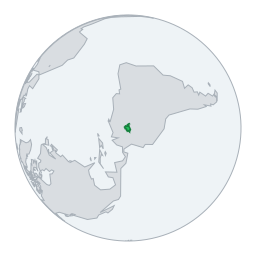 Guainía on an orthographic globe, rotated 249°
{"feature_id": "COL-1424", "entity_name": "Guainía", "entity_type": "Commissiary", "adm_level": 1, "iso_a3": "COL", "parent_name": "Colombia", "parent_adm1": "", "projection": "orthographic", "projection_center": [-68.772, 2.606], "detail": "medium", "context": "on_globe", "style": "filled", "palette": "green", "viewbox_px": 256, "rotation_deg": 249, "n_neighbors": 0, "source": "natural_earth", "source_scale": "10m", "svg_char_len": 8371}
<svg xmlns="http://www.w3.org/2000/svg" viewBox="0 0 256 256"><g transform="rotate(249 128 128)"><circle cx="128" cy="128" r="113" fill="#eef3f6" stroke="#a8b0b8"/><path d="M64.3,35.1L67.6,33.1L69.9,31.7L69.5,31.7L71.8,30.4L72.1,30.2L76.6,27.7L78.2,27.0L80.0,26.1L79.8,26.2L82.3,25.0L82.5,25.0L85.5,23.7L87.6,22.9L92.0,21.4L90.5,23.7L95.6,22.8L100.1,25.6L102.0,24.6L104.9,25.6L108.1,24.9L108.0,26.0L110.7,24.6L110.2,23.7L111.2,22.9L113.0,22.6L113.2,23.7L112.3,24.1L113.4,24.3L112.7,25.1L114.1,24.5L114.1,26.2L116.8,24.0L119.2,25.0L118.4,26.3L114.9,26.7L104.4,31.9L102.6,34.0L103.6,36.1L113.0,38.5L112.4,40.8L114.4,43.4L116.3,41.7L115.5,39.1L119.6,36.9L118.1,34.4L119.6,33.2L119.5,30.7L123.4,30.6L127.2,32.0L127.5,34.2L129.2,35.1L132.1,32.8L135.6,37.2L143.2,40.8L143.7,42.2L138.9,44.7L131.0,44.8L124.9,49.4L132.8,46.1L133.8,50.3L135.7,51.0L137.9,50.8L139.0,49.2L140.2,50.7L132.9,54.2L131.7,52.8L134.0,51.6L130.3,51.9L125.3,54.9L126.2,57.1L117.8,60.4L118.3,62.1L116.8,64.0L116.5,60.9L116.9,66.7L107.1,73.6L107.5,84.6L102.8,76.1L98.6,75.3L93.4,75.6L93.3,77.4L86.5,76.3L80.1,80.2L77.4,89.2L79.4,96.0L87.0,96.1L89.4,92.1L95.1,91.2L90.7,101.8L100.5,103.1L99.3,111.2L102.1,115.3L107.2,114.2L112.4,116.1L116.2,111.4L122.3,108.8L122.3,115.3L125.7,109.3L129.1,112.4L141.3,112.1L140.3,113.6L150.6,121.3L161.7,124.6L164.3,129.4L162.9,132.4L166.8,133.3L166.9,135.2L182.2,138.1L189.9,143.0L189.6,149.8L183.0,157.7L176.8,174.2L164.8,179.7L161.6,186.2L152.0,195.6L144.8,195.0L146.7,199.6L142.6,202.3L137.8,202.5L136.9,205.7L133.4,205.8L135.7,207.9L130.0,211.9L131.7,215.2L127.5,218.4L128.7,220.2L127.2,220.2L125.5,220.8L125.4,221.9L120.6,220.1L119.1,215.9L120.8,213.7L118.7,213.3L122.3,207.6L120.0,208.8L120.5,200.0L123.6,192.6L125.4,170.9L123.0,166.5L114.3,161.4L103.8,145.0L106.5,138.2L104.3,135.1L111.7,125.5L109.8,116.7L107.2,115.5L104.5,118.8L95.8,113.4L92.8,106.8L67.1,96.7L64.7,93.5L65.1,88.2L59.1,71.7L60.5,87.3L57.7,84.3L55.9,78.8L57.6,77.4L57.3,69.5L55.1,66.7L57.1,57.4L65.8,46.1L66.1,47.6L68.2,45.0L67.9,43.1L67.2,42.4L74.0,33.6L74.3,30.2L70.7,31.7L74.4,29.7L65.0,34.7L63.6,35.6L64.3,35.1ZM21.6,91.8L22.5,89.3L22.1,90.8L21.6,91.8ZM22.9,87.8L22.6,88.7L22.9,88.0L22.9,87.8ZM23.0,87.4L23.0,87.7L22.9,87.6L23.0,87.4ZM23.1,87.2L23.0,87.3L23.1,87.2ZM106.7,88.5L118.0,93.8L111.5,94.5L112.7,93.5L109.9,91.3L104.6,89.3L98.8,90.6L106.7,88.5ZM23.5,86.0L23.6,85.6L23.7,85.4L23.5,86.0ZM112.2,82.2L110.2,81.8L112.1,81.7L112.2,82.2ZM66.6,42.5L67.7,43.2L67.1,45.7L65.9,45.1L66.6,42.5ZM68.0,38.4L69.2,38.2L66.8,40.6L66.9,40.0L68.0,38.4ZM67.6,33.3L68.0,33.3L66.8,33.8L67.6,33.3ZM117.4,31.0L118.4,30.9L117.9,31.4L117.4,31.0ZM116.4,30.1L115.0,30.8L114.3,30.5L115.2,30.1L116.4,30.1ZM118.2,29.3L113.3,29.9L112.1,29.4L114.4,27.4L118.2,29.3ZM109.2,23.7L109.8,24.5L107.6,24.2L109.2,23.7ZM107.5,23.7L99.1,24.6L99.1,23.5L101.9,23.3L100.5,22.3L104.6,21.2L106.3,21.5L105.5,22.4L107.7,21.4L107.5,23.7ZM111.4,22.6L109.7,22.8L109.5,21.7L112.9,21.2L111.9,21.7L111.4,22.6ZM98.1,22.6L98.5,21.9L102.0,20.8L102.7,20.5L104.7,21.1L98.1,22.6ZM112.9,21.8L114.6,21.0L116.4,21.2L113.0,22.4L112.9,21.8ZM108.1,21.8L108.2,21.3L109.2,21.3L108.1,21.8ZM123.7,22.0L121.6,22.0L121.4,21.4L123.7,22.0ZM115.2,20.8L114.6,20.7L114.2,20.5L115.7,20.1L115.2,20.8ZM107.0,20.4L108.3,20.2L106.3,20.1L108.9,19.4L109.7,20.1L110.4,19.5L111.2,19.3L111.0,20.1L107.0,20.4ZM116.3,19.3L118.2,20.2L122.1,20.2L122.4,20.7L116.2,20.6L116.3,19.3ZM113.2,19.7L115.2,19.5L114.6,20.0L112.9,20.5L113.2,19.7ZM110.3,18.8L106.2,19.6L110.3,18.8ZM117.5,19.1L117.0,19.0L117.8,19.1L117.5,19.1ZM112.6,18.7L111.2,19.0L111.1,18.8L112.6,18.7ZM117.2,18.4L117.8,18.7L116.7,18.9L117.2,18.4ZM115.2,18.5L115.5,18.2L115.9,18.9L114.5,18.6L115.2,18.5ZM112.8,18.5L112.3,18.5L113.4,18.5L112.8,18.5ZM121.1,17.5L121.9,18.3L119.4,18.8L119.0,17.9L121.1,17.5ZM128.7,223.8L121.0,220.8L125.3,222.1L128.2,220.5L132.2,222.8L128.7,223.8ZM137.2,219.6L140.6,218.7L141.4,219.2L139.2,220.0L137.2,219.6ZM213.7,54.9L213.9,55.2L215.5,57.1L217.9,60.2L218.6,61.1L213.9,55.4L212.0,53.2L205.8,47.9L208.0,50.3L214.0,55.6L213.5,55.3L216.4,59.1L213.8,56.0L206.7,50.1L206.2,52.3L210.9,62.4L209.5,63.8L205.9,62.5L198.9,53.1L202.8,51.2L200.3,48.4L194.9,45.0L196.6,44.9L194.9,43.4L195.9,42.8L192.9,38.9L193.2,38.2L187.7,34.1L187.1,33.4L190.5,35.9L193.1,37.5L193.5,36.6L192.3,35.6L188.7,33.2L189.2,33.5L185.7,31.3L184.9,30.8L192.8,35.9L200.3,41.7L207.3,48.0L213.7,54.9ZM183.5,30.0L183.1,29.8L178.8,27.6L175.3,25.8L173.8,25.1L179.5,28.1L181.9,29.4L184.1,30.6L190.5,34.9L191.4,35.8L184.2,31.6L184.6,32.7L178.8,29.3L166.8,22.4L164.1,21.3L164.3,21.4L174.1,25.2L183.5,30.0ZM221.2,191.3L223.7,187.3L227.7,179.7L234.4,161.1L237.2,152.1L238.3,145.5L238.0,131.3L238.2,123.0L237.5,119.8L236.3,121.0L235.1,117.2L234.2,117.4L226.0,121.9L221.9,117.3L212.8,102.5L213.1,96.0L210.1,89.0L209.3,64.1L212.5,64.9L215.7,60.6L216.7,61.2L219.9,66.2L225.2,71.5L222.6,67.0L222.9,67.4L227.1,74.4L230.7,81.8L233.8,89.4L236.3,97.2L238.3,105.2L239.7,113.2L240.4,121.4L240.6,129.6L240.2,137.8L239.2,145.9L237.6,154.0L235.4,161.9L232.7,169.6L229.4,177.1L225.5,184.3L221.2,191.3ZM213.5,76.0L214.5,78.0L213.5,76.0ZM141.7,112.0L143.1,113.2L141.2,113.3L141.7,112.0ZM110.5,97.2L112.9,97.3L114.1,98.3L112.3,98.6L110.5,97.2ZM131.1,97.1L133.9,97.7L131.0,98.2L131.1,97.1ZM119.8,94.5L128.8,96.9L123.1,98.9L117.4,97.4L121.4,96.8L119.8,94.5ZM110.9,85.8L112.4,86.2L111.9,87.4L110.9,85.8ZM113.6,82.2L113.0,82.3L112.3,81.4L113.6,82.2ZM134.3,50.0L134.9,49.8L137.1,50.0L136.0,50.6L134.3,50.0ZM147.3,47.0L148.9,49.6L147.0,48.0L145.8,49.3L140.3,47.9L143.6,42.9L143.1,45.3L147.3,47.0ZM133.8,45.1L136.9,46.3L133.4,45.3L133.8,45.1ZM184.4,37.1L186.3,37.7L188.0,39.4L187.6,41.2L185.0,38.7L184.4,37.1ZM188.4,38.2L181.4,34.0L181.5,33.0L182.6,34.2L183.4,34.0L185.4,35.9L192.3,39.5L194.3,41.3L192.3,43.1L191.8,41.4L190.1,40.7L188.4,38.2ZM163.6,28.0L160.6,27.0L164.5,26.0L166.9,27.1L166.6,28.8L163.6,28.5L163.6,28.0ZM123.2,26.0L121.7,26.3L121.7,25.9L122.8,25.3L123.2,26.0ZM122.7,22.0L129.3,24.6L128.0,25.0L133.3,26.5L132.0,28.2L128.6,27.1L131.6,29.7L128.0,29.4L130.4,31.1L122.9,28.5L119.8,28.5L123.8,27.8L125.1,26.2L124.7,25.5L121.2,23.9L115.1,23.6L115.4,22.3L117.3,21.5L118.8,21.3L118.1,22.1L120.6,21.4L120.8,22.5L122.7,22.0ZM138.6,16.8L137.2,17.1L142.2,17.2L142.4,17.7L143.0,17.7L144.6,18.3L147.5,19.1L147.1,19.3L148.4,19.6L149.5,20.1L151.1,20.6L151.0,21.3L153.0,22.0L151.7,21.9L155.3,23.0L152.6,22.5L153.7,23.4L155.7,23.4L150.7,27.5L150.6,30.1L152.1,32.8L147.2,32.1L142.7,29.4L139.2,26.2L139.9,24.0L137.6,24.3L137.2,23.4L139.2,23.5L135.9,22.8L136.2,22.1L133.0,20.3L128.1,20.0L126.8,19.5L128.9,19.3L126.2,19.0L129.1,18.3L128.3,18.0L130.3,17.3L134.7,17.3L133.4,17.0L134.9,16.6L138.6,16.8ZM121.8,17.3L127.1,16.9L129.7,17.1L125.0,18.4L125.4,18.7L122.5,19.9L118.7,19.7L119.9,19.4L120.1,19.0L121.2,19.2L120.5,18.8L122.1,18.3L122.1,17.9L123.8,17.9L121.8,17.3ZM215.6,59.1L216.0,59.2L216.0,58.8L217.9,61.3L215.6,59.1ZM210.9,55.1L210.9,54.7L213.5,57.7L213.2,57.8L210.9,55.1ZM208.6,52.0L210.7,54.4L209.3,53.2L208.6,52.0ZM190.3,35.5L190.1,35.0L190.9,35.6L192.1,36.5L190.3,35.5ZM153.6,18.5L152.4,18.3L151.8,18.2L147.9,17.5L147.4,17.2L149.6,17.6L153.6,18.5ZM152.5,18.1L150.9,17.8L151.7,17.9L152.5,18.1ZM146.9,17.1L147.3,17.1L146.9,17.1L146.9,17.1Z" fill="#d9dde1" stroke="#a8b0b8" stroke-width="1"/><path d="M131.7,130.7L131.3,130.8L131.3,130.7L131.3,130.1L131.3,129.8L131.0,129.3L130.8,129.0L130.7,128.9L130.3,129.1L129.9,129.6L129.7,129.7L129.3,129.3L129.2,129.2L129.0,129.5L126.9,129.7L126.5,129.6L125.9,129.8L125.5,129.6L125.3,129.4L125.4,129.2L125.6,128.8L125.5,128.6L125.2,128.7L124.8,128.7L124.6,128.7L124.4,128.5L124.3,128.3L124.1,128.1L123.8,128.0L124.6,127.6L124.9,127.5L124.9,127.4L125.0,127.3L125.0,127.2L125.2,126.8L125.3,126.9L125.3,126.7L125.4,126.4L125.5,126.4L125.4,126.2L125.6,126.2L125.8,126.1L126.1,126.1L126.3,126.2L126.4,125.9L126.6,125.8L126.9,125.8L127.0,125.8L127.3,125.9L127.4,126.0L127.5,125.9L127.6,126.0L127.7,125.8L127.8,125.8L128.1,125.8L128.1,125.7L128.3,125.7L128.5,125.6L128.6,125.4L128.8,125.4L128.8,125.2L129.0,125.3L129.3,125.2L129.4,125.3L129.5,125.3L129.8,125.4L130.1,125.2L130.2,125.7L130.3,125.8L130.5,125.8L130.7,126.2L130.9,126.4L130.9,126.5L130.7,126.7L129.8,127.4L129.8,127.6L130.0,127.5L130.3,127.7L130.3,127.8L130.5,127.9L130.8,128.3L131.1,128.4L131.1,128.5L131.1,128.9L131.3,129.0L131.2,129.2L131.3,129.4L131.5,129.8L131.5,130.0L131.6,130.3L131.7,130.5L131.7,130.7Z" fill="#22c55e" stroke="#15803d" stroke-width="1.5"/></g></svg>